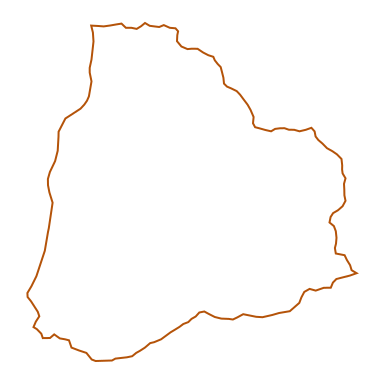 the district of Juarina, Tocantins, Brazil
{"feature_id": "56859067B90151409267562", "entity_name": "Juarina", "entity_type": "district", "adm_level": 2, "iso_a3": "BRA", "parent_name": "Brazil", "parent_adm1": "Tocantins", "projection": "mercator", "projection_center": [-49.096, -8.132], "detail": "fine", "context": "isolated", "style": "outline", "palette": "amber", "viewbox_px": 384, "rotation_deg": 0, "n_neighbors": 0, "source": "geoboundaries", "source_scale": "gbopen_adm2", "svg_char_len": 2122}
<svg xmlns="http://www.w3.org/2000/svg" viewBox="0 0 384 384"><path d="M27.4,293.0L27.6,297.0L31.1,301.4L37.8,311.8L39.3,316.3L35.8,321.7L33.5,327.1L36.8,329.1L41.3,333.7L42.8,338.1L50.0,338.0L54.2,334.4L59.8,338.4L65.0,339.3L69.0,340.3L71.5,347.6L79.1,350.5L86.4,352.9L91.7,359.5L95.6,361.0L112.0,360.5L115.4,358.6L126.9,357.3L132.2,356.2L136.2,352.9L139.8,350.9L144.8,347.7L150.2,343.1L154.1,342.2L161.1,339.3L170.6,332.3L174.6,329.9L179.3,327.0L183.3,324.0L188.3,322.1L191.5,318.9L195.7,316.5L199.3,312.5L204.3,311.5L208.9,314.0L214.8,317.0L221.3,318.6L228.7,318.9L232.9,319.5L237.3,317.4L243.2,314.2L256.2,316.8L262.5,317.2L272.2,315.0L279.1,313.0L289.8,311.2L299.3,302.9L301.4,297.4L304.3,291.9L309.6,288.9L315.7,290.6L323.8,287.8L330.8,287.7L332.9,282.6L336.4,279.0L349.8,275.6L356.6,273.2L351.6,270.2L350.1,265.2L346.9,260.0L344.6,255.2L339.4,254.2L335.8,253.5L334.9,248.0L336.0,243.7L336.5,237.8L335.8,231.2L333.9,226.1L329.5,222.5L330.6,217.0L333.1,213.1L337.9,210.3L342.6,206.2L345.5,200.8L344.4,195.3L344.3,189.4L344.0,183.9L345.5,178.3L342.6,173.4L342.1,169.5L342.2,165.4L341.5,159.0L336.9,154.3L332.4,151.2L327.0,148.2L322.4,143.5L318.4,140.1L315.6,136.5L314.6,131.4L311.4,127.8L305.8,129.8L299.5,131.3L294.2,129.8L288.8,129.7L284.5,128.2L279.8,128.3L275.1,128.9L271.1,131.3L265.4,130.0L259.4,128.3L255.1,127.2L253.0,123.3L253.6,117.0L250.5,109.8L247.6,104.7L243.6,99.4L240.1,94.7L236.7,91.1L231.2,88.4L227.0,86.6L224.0,83.6L223.4,77.7L222.0,72.1L220.7,67.1L217.7,64.0L214.8,60.3L213.3,56.8L208.3,55.2L203.1,52.5L197.6,48.8L191.9,48.7L187.5,49.1L181.4,46.5L177.0,41.2L177.3,35.1L178.1,31.3L175.5,28.3L169.8,27.8L163.8,25.1L159.2,27.0L154.3,26.4L149.7,25.8L145.0,23.0L141.1,26.2L136.7,28.9L131.4,27.8L125.9,27.8L121.5,23.6L116.5,24.4L110.2,25.5L103.7,26.4L98.4,26.0L91.2,25.6L92.9,32.5L93.5,41.5L91.5,59.5L89.7,67.8L89.7,72.6L91.5,81.4L88.9,96.4L87.0,100.7L84.3,104.6L80.5,108.7L65.4,118.5L58.6,131.7L58.5,136.7L57.7,150.8L55.1,161.1L49.9,172.0L47.9,179.0L48.0,185.2L49.4,192.4L52.6,202.7L48.8,228.2L48.0,232.0L44.8,250.8L36.4,276.2L31.4,286.3L27.4,293.0Z" fill="none" stroke="#b45309" stroke-width="2"/></svg>